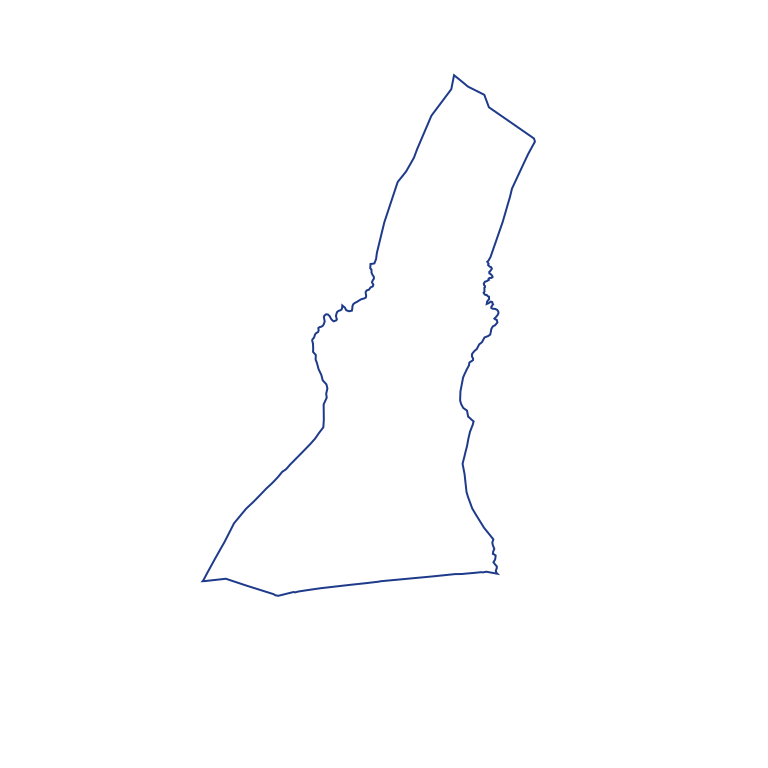 outline of Ad Dinder, Sennar, Sudan, rotated 57°
{"feature_id": "16777658B21408858343438", "entity_name": "Ad Dinder", "entity_type": "district", "adm_level": 2, "iso_a3": "SDN", "parent_name": "Sudan", "parent_adm1": "Sennar", "projection": "robinson", "projection_center": [34.843, 12.697], "detail": "fine", "context": "isolated", "style": "outline", "palette": "blue", "viewbox_px": 768, "rotation_deg": 57, "n_neighbors": 0, "source": "geoboundaries", "source_scale": "gbopen_adm2", "svg_char_len": 5193}
<svg xmlns="http://www.w3.org/2000/svg" viewBox="0 0 768 768"><g transform="rotate(57 384 384)"><path d="M305.4,187.7L298.3,179.5L296.4,177.2L289.8,170.2L274.3,145.4L269.6,137.8L265.5,130.2L263.0,125.5L261.6,125.0L259.8,124.5L221.0,140.4L209.1,145.3L196.1,142.4L180.3,151.6L169.2,155.1L163.2,157.1L173.4,167.0L184.8,198.1L205.0,228.2L210.5,235.6L217.8,249.7L222.0,262.4L224.1,265.1L248.6,295.7L270.2,318.6L274.9,322.6L277.6,326.4L276.8,328.4L276.0,329.9L279.4,332.5L281.2,332.2L283.8,333.8L286.1,334.2L288.3,334.1L290.1,335.0L290.9,336.9L292.1,338.7L293.4,338.8L294.9,338.8L296.0,340.2L295.7,342.6L296.7,345.3L296.1,347.3L296.7,349.1L298.0,350.0L299.5,350.5L300.8,351.3L301.6,352.2L301.4,354.1L300.5,357.0L300.4,359.0L300.4,361.7L300.1,364.9L300.4,366.5L301.5,368.0L303.8,369.8L305.0,371.0L303.9,373.8L301.5,375.5L298.7,375.2L295.4,376.2L297.3,377.6L298.4,379.0L298.4,380.4L297.9,382.4L298.1,384.1L299.0,385.4L300.8,387.3L302.7,387.9L304.1,388.3L304.6,389.4L304.1,391.9L303.0,392.5L300.9,392.9L299.0,392.8L297.5,392.6L295.2,393.2L294.0,394.5L294.2,396.7L295.0,397.9L297.1,398.8L299.3,399.7L301.0,401.9L301.8,403.5L301.8,405.5L301.2,407.0L301.3,408.6L303.4,409.6L304.5,411.0L304.4,413.3L304.8,414.7L306.9,417.3L307.9,420.5L307.9,420.4L311.5,421.6L311.8,421.8L313.2,422.6L315.6,424.0L318.4,426.0L322.6,425.4L326.2,428.0L326.4,428.1L329.5,428.7L336.0,430.8L342.2,431.6L347.6,433.4L350.4,432.9L353.0,432.5L356.9,433.9L360.7,437.8L364.3,439.5L368.2,445.7L381.3,454.0L387.3,458.5L389.6,465.0L392.3,471.6L394.2,478.6L396.7,489.4L397.2,491.7L400.5,506.8L401.7,510.9L402.2,513.2L402.2,517.1L404.0,522.7L405.1,526.9L406.1,531.2L407.4,538.6L407.6,539.7L410.0,550.0L411.7,557.6L412.5,562.1L413.5,567.6L418.9,584.9L419.2,585.8L423.0,592.3L429.8,604.1L432.0,608.4L438.8,621.4L446.5,635.7L448.8,639.8L450.4,642.7L450.4,642.9L450.5,643.2L450.6,643.5L451.9,641.2L461.2,622.7L478.5,608.9L500.2,591.0L502.2,590.1L504.1,587.9L509.2,573.1L510.2,572.3L511.5,568.6L514.3,562.4L518.3,553.7L520.8,548.3L533.5,522.8L541.2,507.6L547.0,495.9L547.3,494.8L571.7,448.3L582.3,427.6L585.9,422.0L586.3,421.1L592.6,409.2L594.6,405.2L596.0,403.4L597.1,400.5L602.0,395.3L603.3,393.9L604.8,392.3L603.7,392.5L603.4,392.5L602.0,392.1L601.9,392.1L601.6,392.0L601.6,391.9L601.4,391.8L601.2,391.5L601.0,391.3L600.6,390.7L600.3,390.3L600.1,390.1L600.0,389.9L599.9,389.9L599.7,389.6L598.9,389.1L598.7,389.0L598.6,388.9L598.4,388.7L598.2,388.7L598.1,388.8L597.6,388.8L597.4,388.9L596.5,389.0L595.4,389.1L595.1,389.2L594.9,389.2L594.7,389.2L594.0,389.2L593.4,389.3L593.1,389.3L592.9,388.9L591.8,386.5L590.5,385.3L588.9,384.0L588.8,383.9L588.7,383.8L587.5,384.2L587.0,384.4L585.8,385.2L583.9,383.6L582.4,381.3L578.4,380.5L576.1,379.6L573.8,376.9L559.1,378.4L544.1,378.1L536.5,377.8L524.2,375.0L519.5,373.6L503.4,365.5L493.8,361.6L491.5,359.2L490.1,357.7L489.7,357.2L485.8,353.1L481.0,347.9L475.6,342.8L471.1,338.1L470.9,337.9L469.6,336.1L466.3,331.5L465.3,330.5L464.5,329.6L464.4,329.4L464.2,329.2L464.0,329.3L463.8,329.3L463.6,329.4L463.3,329.5L461.2,330.1L460.9,330.2L460.2,330.3L458.9,330.7L457.7,331.0L457.4,331.1L457.2,331.2L456.8,331.1L456.7,331.0L456.2,330.8L454.6,330.2L454.2,330.0L454.1,329.9L453.0,329.5L452.7,329.4L452.1,329.1L451.6,328.9L451.4,328.9L451.0,329.1L447.2,330.6L446.2,330.5L445.9,330.5L442.7,330.2L440.1,329.4L439.2,329.1L431.8,323.9L421.7,314.2L419.4,310.8L418.3,308.9L417.0,306.9L415.7,304.5L414.7,302.7L414.5,302.4L414.4,302.3L414.2,302.2L413.6,301.7L413.4,301.5L413.2,301.3L413.0,301.1L412.7,300.9L412.5,300.7L412.5,296.5L411.2,295.4L409.0,295.3L406.9,294.0L406.4,292.8L405.6,290.3L405.2,287.1L402.6,282.6L402.3,279.1L400.5,275.8L399.7,274.4L400.5,270.5L400.4,268.0L398.3,265.9L396.3,264.0L395.0,261.5L395.2,258.8L394.2,255.4L391.7,254.5L390.3,255.5L389.3,255.8L388.8,253.6L387.8,250.7L386.8,249.3L385.4,248.7L383.5,248.7L381.7,249.8L380.0,251.9L378.8,252.6L377.9,252.2L377.0,250.4L376.6,249.1L375.4,249.1L374.2,248.6L373.0,249.7L373.2,252.1L372.8,254.2L372.7,254.1L371.2,252.8L371.1,252.7L370.9,252.3L370.6,251.5L370.4,250.8L370.4,250.7L370.1,249.8L370.1,249.7L369.8,249.5L368.8,248.9L368.6,248.8L368.5,248.7L368.3,248.6L368.2,248.5L368.0,248.4L367.9,248.5L367.6,248.7L367.3,248.9L367.2,249.0L366.8,249.2L366.7,249.2L366.4,249.2L366.1,249.2L365.9,249.2L365.7,249.3L365.3,249.4L365.2,249.6L364.8,250.0L364.7,250.1L364.5,250.4L364.4,250.5L364.2,250.6L363.8,250.7L363.7,250.7L363.6,250.8L363.2,250.8L362.1,250.8L361.9,250.8L361.9,250.7L361.6,250.3L361.2,249.4L360.4,248.9L360.2,248.8L360.0,248.7L359.9,248.6L359.3,248.2L358.9,248.0L358.1,247.6L357.8,246.6L357.7,246.5L357.0,246.0L355.7,246.2L354.1,245.6L353.7,244.7L353.2,243.7L353.7,241.7L353.8,239.4L353.7,239.4L353.4,239.3L353.1,239.2L352.9,239.2L352.8,238.9L352.5,237.7L353.5,236.2L353.5,235.6L353.5,235.4L353.5,235.2L353.4,234.6L352.7,234.5L352.4,234.4L352.1,234.4L351.9,234.4L351.6,234.4L351.1,234.5L350.9,234.5L350.5,234.6L350.2,234.6L349.9,234.7L349.7,234.8L349.4,235.0L349.2,235.1L348.9,235.3L348.7,235.4L347.9,235.0L347.4,234.8L347.3,234.1L346.9,232.8L346.6,232.1L346.1,230.8L344.4,230.5L343.2,231.4L341.5,231.8L340.9,231.9L340.2,230.8L337.7,230.8L337.5,229.3L335.5,225.5L312.8,196.3L305.4,187.7Z" fill="none" stroke="#1e3a8a" stroke-width="2"/></g></svg>